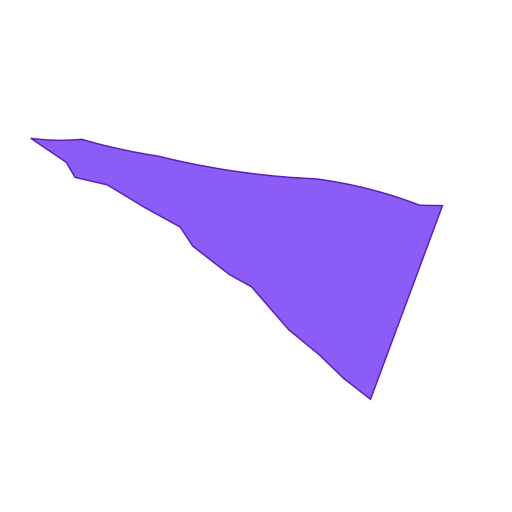 Ras al-Bar, Dumyat, Egypt, rotated 257°
{"feature_id": "37247803B87284090425389", "entity_name": "Ras al-Bar", "entity_type": "district", "adm_level": 2, "iso_a3": "EGY", "parent_name": "Egypt", "parent_adm1": "Dumyat", "projection": "equal_earth", "projection_center": [31.836, 31.51], "detail": "fine", "context": "isolated", "style": "filled", "palette": "violet", "viewbox_px": 512, "rotation_deg": 257, "n_neighbors": 0, "source": "geoboundaries", "source_scale": "gbopen_adm2", "svg_char_len": 1165}
<svg xmlns="http://www.w3.org/2000/svg" viewBox="0 0 512 512"><g transform="rotate(257 256 256)"><path d="M263.1,449.0L263.2,448.8L263.3,448.3L264.8,442.3L268.3,428.1L268.5,427.5L268.6,426.9L271.1,423.2L274.6,417.9L277.9,412.6L281.2,407.2L284.5,401.8L287.6,396.3L290.7,390.8L293.7,385.2L296.6,379.6L299.5,373.9L302.3,368.1L305.0,362.3L307.6,356.5L310.1,350.6L312.6,344.7L315.0,338.7L317.3,332.7L317.5,332.1L317.7,331.5L320.0,323.6L322.4,315.5L324.8,307.4L327.4,299.3L330.0,291.2L332.8,283.2L335.6,275.2L338.5,267.3L341.5,259.4L344.5,251.5L347.6,243.7L350.9,235.9L354.2,228.2L357.5,220.5L361.0,212.8L364.5,205.2L368.1,197.7L371.8,190.2L375.0,183.8L376.4,180.4L379.2,173.6L382.1,166.8L385.0,160.1L388.1,153.4L391.2,146.7L394.4,140.1L397.6,133.5L401.0,127.0L404.4,120.6L407.9,114.2L408.9,112.4L409.2,110.7L409.8,106.3L410.6,101.9L411.4,97.5L412.3,93.2L413.3,88.9L414.4,84.6L415.6,80.3L416.9,76.1L418.2,71.9L419.6,67.7L421.1,63.6L421.4,63.0L421.2,63.2L390.0,92.2L373.3,97.4L358.8,127.1L327.6,159.2L301.2,188.7L279.8,196.6L243.8,226.0L227.0,244.7L176.8,271.3L145.7,295.3L117.0,313.9L90.6,335.3L263.1,449.0Z" fill="#8b5cf6" stroke="#5b21b6" stroke-width="1.5"/></g></svg>